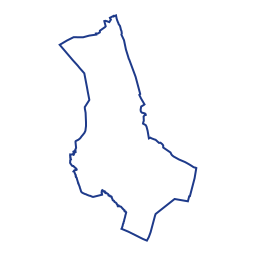 Gradinari, Caras-Severin, Romania (Mercator projection)
{"feature_id": "2599482B46425260952488", "entity_name": "Gradinari", "entity_type": "district", "adm_level": 2, "iso_a3": "ROU", "parent_name": "Romania", "parent_adm1": "Caras-Severin", "projection": "mercator", "projection_center": [21.573, 45.115], "detail": "fine", "context": "isolated", "style": "outline", "palette": "blue", "viewbox_px": 256, "rotation_deg": 0, "n_neighbors": 0, "source": "geoboundaries", "source_scale": "gbopen_adm2", "svg_char_len": 5099}
<svg xmlns="http://www.w3.org/2000/svg" viewBox="0 0 256 256"><path d="M196.3,168.0L195.6,167.7L194.6,167.5L193.6,167.2L191.5,165.8L189.4,164.5L187.3,163.3L185.1,162.1L184.9,162.0L179.0,159.5L173.6,156.5L173.1,156.1L172.6,155.7L172.1,155.3L171.7,154.8L171.4,154.3L171.0,153.7L170.8,153.1L170.5,152.5L163.2,147.5L163.2,145.4L162.3,144.2L160.5,142.7L159.0,142.9L155.6,139.8L154.3,139.4L153.0,138.9L151.7,138.4L150.5,137.8L150.4,137.7L148.9,138.4L147.6,130.8L146.5,126.6L145.7,125.1L143.0,123.6L143.3,122.2L143.7,121.1L143.8,120.5L143.6,116.5L144.7,115.1L145.7,115.0L145.7,114.3L144.8,113.4L143.7,113.1L143.0,112.9L142.1,112.8L140.9,111.6L140.6,109.9L140.9,108.0L141.2,106.5L143.6,105.1L144.5,104.4L141.1,98.6L139.3,94.9L140.2,94.0L135.6,76.8L129.2,59.5L128.8,58.9L128.1,56.5L125.9,49.4L124.0,40.2L121.4,34.6L121.5,34.4L121.8,33.4L121.5,31.1L120.9,29.7L120.6,28.3L120.0,26.0L118.6,24.0L118.4,23.2L117.9,22.1L117.3,20.6L116.6,18.5L116.0,15.4L113.8,16.4L113.6,15.9L109.9,17.8L110.2,18.6L110.7,19.2L110.9,19.6L109.3,22.1L107.1,21.3L105.3,20.8L104.3,21.1L105.7,26.3L105.0,27.1L99.9,30.7L99.8,32.4L97.7,33.6L96.4,33.4L95.9,33.5L96.2,34.6L89.3,35.6L83.0,37.3L73.6,37.2L67.0,40.5L59.7,44.8L72.9,60.3L77.8,65.7L79.8,68.2L84.3,73.3L87.0,87.4L87.8,91.9L89.3,99.7L89.3,99.9L89.2,100.2L85.5,106.0L84.8,107.0L84.8,107.6L84.9,109.1L85.2,110.5L85.6,112.8L86.0,122.3L86.0,126.1L85.4,130.8L84.4,132.9L82.5,135.3L81.7,136.2L80.3,138.1L80.1,138.3L79.8,138.6L78.3,139.8L77.6,140.1L75.9,141.0L75.7,141.1L75.6,141.3L75.5,141.7L75.5,142.1L76.1,147.9L75.8,148.5L75.6,149.0L75.5,149.3L75.4,149.5L75.4,149.9L75.5,150.1L75.5,150.3L75.4,150.4L74.9,150.4L74.8,150.5L74.8,150.8L75.3,151.2L75.5,151.4L75.6,151.8L75.6,152.0L75.0,152.0L74.5,152.1L74.3,152.0L73.8,151.6L73.6,151.5L73.4,151.6L73.3,151.8L73.4,152.0L73.6,152.3L74.2,152.8L74.4,153.1L74.4,153.3L74.0,154.1L73.8,154.6L73.7,154.8L73.4,154.9L73.1,154.6L72.8,154.2L72.7,154.1L71.8,154.4L71.2,154.6L70.7,154.6L70.3,154.4L70.2,154.4L70.2,155.1L70.1,155.4L70.1,155.6L70.1,155.8L70.2,156.1L70.3,156.2L70.3,156.6L70.2,156.9L70.3,157.0L70.5,157.1L70.6,157.3L70.4,157.8L70.3,158.0L70.4,158.3L70.4,158.5L70.5,158.6L70.6,158.8L70.9,159.0L71.0,159.5L70.6,159.7L70.5,159.8L70.4,159.8L70.2,160.1L70.2,160.8L70.2,161.3L70.1,162.9L70.2,163.1L70.5,163.6L71.3,164.7L71.8,165.4L72.0,165.7L72.2,165.8L72.4,165.9L72.9,166.0L73.3,166.0L73.5,166.3L74.1,166.7L74.3,166.8L74.5,167.3L74.7,167.5L75.3,167.8L75.5,167.9L75.8,168.3L76.4,168.9L76.6,169.2L76.7,169.4L76.7,169.7L76.5,169.9L76.4,169.9L75.8,170.0L75.0,170.1L74.6,170.2L74.3,170.4L74.0,170.7L73.8,171.0L73.6,171.3L74.3,171.4L74.3,171.9L74.5,172.6L74.6,172.8L74.9,173.3L75.1,173.9L75.4,174.5L75.5,174.6L75.4,174.8L75.5,175.0L75.8,175.4L75.7,175.7L75.7,176.5L75.9,176.8L76.1,176.8L76.2,177.0L76.1,177.3L76.5,177.6L76.8,178.1L76.8,178.5L78.0,182.4L78.1,182.7L78.1,183.1L78.2,183.5L78.3,183.6L78.5,183.6L78.6,184.2L78.8,184.6L79.0,185.0L79.1,185.4L79.7,186.8L79.8,187.5L80.6,189.8L80.9,190.8L81.0,191.2L81.2,191.7L81.7,192.2L82.1,192.6L83.0,193.1L84.3,193.7L84.5,193.8L84.8,193.9L85.0,194.0L86.0,194.3L86.5,194.5L87.0,194.8L87.5,195.0L88.8,195.5L89.4,195.7L89.7,195.8L90.0,195.8L90.5,195.9L91.0,196.2L91.7,196.5L92.8,196.9L93.3,196.9L98.5,195.6L100.1,195.2L101.4,194.9L102.1,194.7L101.9,193.4L101.8,193.1L101.6,193.0L101.6,192.7L101.6,192.2L101.8,191.3L101.8,190.8L101.9,190.6L102.3,190.1L102.5,190.2L102.7,190.3L102.8,190.4L102.9,190.8L103.1,191.1L103.2,191.3L103.3,191.4L103.8,191.2L104.1,191.2L104.5,191.2L104.7,191.3L104.7,191.5L104.5,191.8L104.7,192.2L104.8,192.2L105.0,192.0L105.3,192.1L105.6,192.3L105.7,192.5L105.4,192.9L105.4,193.0L105.5,193.1L106.1,193.1L106.6,193.1L106.8,193.2L107.0,193.5L107.9,193.9L108.3,194.3L108.5,194.6L108.5,194.9L108.4,195.2L108.5,195.5L109.0,195.7L109.6,195.6L109.7,195.9L109.7,196.0L109.8,196.1L110.0,196.3L110.3,196.5L110.5,196.4L110.7,196.2L111.0,196.3L111.5,196.6L111.8,197.2L111.8,197.3L111.8,197.5L111.9,198.1L112.1,198.4L112.4,199.0L112.5,199.4L112.6,199.7L112.6,199.9L112.7,200.0L112.8,200.2L113.2,200.5L113.5,200.5L113.8,200.7L114.1,201.0L114.3,201.5L114.6,202.0L115.3,202.3L115.5,202.4L115.8,202.7L116.2,203.0L116.5,203.3L116.7,203.7L116.8,203.8L116.8,204.2L116.9,204.3L117.2,204.8L117.3,204.9L117.5,205.1L117.8,205.1L118.1,205.2L118.3,205.3L117.8,206.1L117.8,206.3L118.0,206.4L118.7,206.0L118.9,205.9L119.0,205.9L119.1,206.0L119.7,206.4L119.8,206.4L120.5,206.5L121.1,206.8L121.3,207.0L121.5,207.3L122.0,207.9L122.3,208.1L122.6,208.6L122.8,208.7L123.0,208.9L123.1,209.2L123.2,209.3L123.5,209.4L123.6,209.5L123.9,209.9L124.0,210.0L124.4,210.2L124.4,210.4L124.5,211.2L124.6,211.4L124.8,211.5L125.2,211.4L125.6,211.5L125.8,211.8L126.2,212.4L125.9,213.6L125.3,215.7L125.2,216.4L124.6,218.6L124.5,219.0L124.3,219.6L124.2,220.1L124.1,220.7L124.0,221.3L123.9,221.5L123.7,221.8L123.6,222.1L123.5,222.7L123.5,223.1L123.3,223.4L123.1,223.7L122.7,225.3L122.6,226.0L122.3,226.7L121.9,228.1L121.5,228.8L128.4,231.7L143.0,239.0L146.9,240.6L148.8,237.1L150.6,232.2L155.0,215.8L155.6,214.0L174.6,199.0L187.9,201.3L189.2,196.3L189.9,196.2L194.6,178.2L196.3,168.0Z" fill="none" stroke="#1e3a8a" stroke-width="2"/></svg>